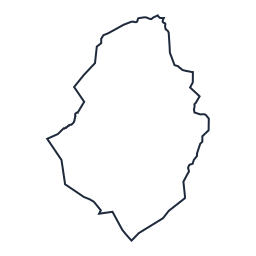 the district of Gurvanbulag, Bayanhongor, Mongolia
{"feature_id": "93677404B95109209972050", "entity_name": "Gurvanbulag", "entity_type": "district", "adm_level": 2, "iso_a3": "MNG", "parent_name": "Mongolia", "parent_adm1": "Bayanhongor", "projection": "orthographic", "projection_center": [98.593, 47.279], "detail": "fine", "context": "isolated", "style": "outline", "palette": "slate", "viewbox_px": 256, "rotation_deg": 0, "n_neighbors": 0, "source": "geoboundaries", "source_scale": "gbopen_adm2", "svg_char_len": 2665}
<svg xmlns="http://www.w3.org/2000/svg" viewBox="0 0 256 256"><path d="M131.5,240.6L138.8,233.1L163.0,218.2L168.8,210.8L184.9,198.2L184.9,195.6L183.4,181.7L187.6,173.8L187.9,173.2L188.1,172.8L188.4,172.4L188.8,172.0L188.9,171.7L188.9,171.1L188.7,170.0L188.4,169.0L188.2,168.5L188.1,168.0L188.2,167.4L188.4,166.9L188.7,166.2L189.0,165.6L189.6,164.7L192.6,163.8L193.8,160.0L197.0,155.9L197.0,153.5L200.2,143.8L202.3,141.8L202.4,136.2L208.6,130.3L208.8,118.6L205.6,114.7L203.7,114.2L200.3,114.4L194.5,112.5L193.9,109.6L194.6,106.5L194.4,104.3L195.9,102.7L199.6,96.3L190.1,87.5L192.8,82.3L192.9,72.1L191.1,71.9L189.8,71.6L189.0,71.4L188.2,71.3L187.1,71.1L186.3,71.0L185.3,70.7L184.0,70.4L183.0,70.1L182.5,70.0L182.0,69.6L181.6,69.3L180.9,68.6L180.4,68.1L180.2,68.0L179.9,68.0L179.6,67.8L179.4,67.6L179.0,67.1L178.6,66.7L178.3,66.3L174.5,65.1L171.4,56.7L169.9,52.8L169.5,44.9L168.7,32.8L168.6,32.7L168.3,31.8L167.9,31.1L167.5,30.6L167.1,30.3L166.7,30.1L165.6,29.2L165.6,28.6L165.4,28.1L165.2,27.2L165.1,26.4L165.1,25.5L165.2,25.0L165.3,24.6L165.4,24.3L165.3,23.8L165.2,23.5L164.9,23.3L164.5,23.0L163.9,22.9L163.5,22.6L163.4,22.5L163.1,22.3L162.9,22.2L162.7,21.9L162.7,21.5L162.7,20.7L162.9,19.9L163.3,19.1L163.8,18.0L163.3,18.0L162.8,18.0L161.1,18.0L160.3,17.9L160.0,17.9L159.6,17.7L159.2,17.3L158.7,16.8L158.1,16.0L157.7,15.4L153.1,17.6L151.3,19.1L150.3,19.0L148.5,18.4L146.5,17.5L144.6,17.3L143.0,17.5L141.1,17.8L140.4,17.9L139.6,18.0L138.4,18.3L138.1,18.6L137.8,19.3L137.4,20.8L137.2,21.4L136.7,21.9L136.2,22.1L135.0,22.1L134.1,22.0L133.3,21.6L131.2,21.8L123.5,24.8L114.9,29.6L107.9,33.4L103.4,35.2L101.2,38.8L101.2,43.2L96.8,46.6L95.0,63.1L83.9,74.9L74.1,87.0L84.2,101.8L78.5,111.3L77.7,112.3L77.7,112.5L77.3,112.4L77.1,112.5L76.8,112.8L76.6,112.8L76.3,113.1L76.0,113.2L75.6,113.4L75.4,113.8L75.2,114.2L75.1,114.5L75.1,114.9L75.2,115.4L75.5,115.9L75.5,116.1L75.4,116.4L75.1,116.7L75.0,117.0L75.1,117.5L75.1,117.9L74.9,118.3L74.8,118.7L74.6,119.1L74.5,119.8L74.5,120.4L74.3,120.7L74.2,121.0L74.2,121.4L74.1,121.7L74.0,122.0L73.6,122.4L73.4,122.6L73.2,122.9L72.9,123.2L72.6,123.5L72.1,124.1L71.8,124.4L71.5,124.7L71.2,124.6L70.9,124.7L70.6,124.7L70.1,124.8L69.8,125.0L69.5,125.1L69.2,125.3L69.1,125.5L68.8,125.4L68.7,125.6L68.2,125.8L67.9,126.0L67.9,126.3L67.7,126.4L67.6,126.6L67.4,126.7L67.2,126.8L67.0,127.0L66.7,127.3L66.4,127.4L66.1,127.4L66.1,127.6L66.0,127.9L65.9,127.9L65.8,127.7L65.6,127.7L65.2,128.1L64.7,128.2L64.5,128.5L64.2,128.7L63.9,128.6L63.6,128.4L57.8,134.1L47.2,138.8L61.5,160.0L65.1,184.3L83.9,197.0L89.7,199.3L93.9,201.8L100.8,210.3L99.1,213.7L112.5,211.8L122.3,229.9L126.3,234.8L131.5,240.6Z" fill="none" stroke="#1e293b" stroke-width="2"/></svg>